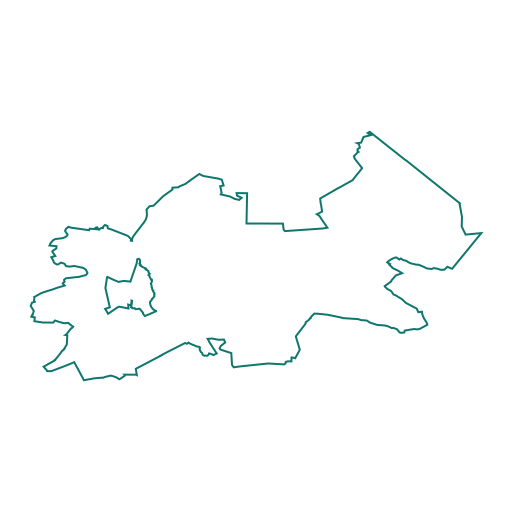 Ārlavas pag., Talsi, Latvia
{"feature_id": "27541924B95940565269220", "entity_name": "Ārlavas pag.", "entity_type": "district", "adm_level": 2, "iso_a3": "LVA", "parent_name": "Latvia", "parent_adm1": "Talsi", "projection": "robinson", "projection_center": [22.632, 57.389], "detail": "fine", "context": "isolated", "style": "outline", "palette": "teal", "viewbox_px": 512, "rotation_deg": 0, "n_neighbors": 0, "source": "geoboundaries", "source_scale": "gbopen_adm2", "svg_char_len": 5917}
<svg xmlns="http://www.w3.org/2000/svg" viewBox="0 0 512 512"><path d="M295.2,358.2L299.6,350.2L299.7,349.8L299.7,349.4L296.0,337.1L295.9,336.6L296.0,336.1L305.4,323.9L305.6,323.5L305.6,322.6L305.8,322.1L308.1,320.5L308.9,319.8L309.7,318.8L310.4,318.3L310.2,318.1L311.9,316.0L314.3,313.6L317.2,313.7L327.3,314.7L338.6,317.0L342.6,317.9L342.7,318.1L358.1,319.1L361.5,320.2L363.0,320.2L366.9,320.6L370.0,322.6L377.5,325.0L384.3,325.4L387.5,326.1L391.9,328.1L393.3,327.9L396.9,329.2L399.7,332.5L400.6,332.5L401.2,332.9L402.1,332.7L404.3,332.5L404.7,330.6L411.0,329.5L412.5,329.3L414.0,329.0L417.1,329.4L419.0,329.1L420.1,328.7L426.9,325.0L427.3,324.8L427.2,323.9L426.0,321.6L424.2,318.8L422.9,316.1L422.0,312.8L421.9,311.7L418.3,312.2L416.7,308.6L406.0,303.0L402.1,299.3L395.5,295.2L393.5,294.5L391.4,291.3L390.0,290.4L387.4,289.0L385.3,287.1L384.7,286.1L391.1,281.5L391.5,280.4L395.9,275.4L402.1,273.2L398.1,270.7L392.5,268.0L392.2,267.4L389.3,264.7L390.0,264.0L387.2,262.4L388.0,261.5L391.2,259.3L394.4,257.8L396.2,257.4L399.4,259.5L400.9,258.5L402.6,259.8L403.3,260.1L406.2,260.8L408.7,262.4L410.6,263.3L416.5,264.7L418.6,264.7L424.5,267.2L426.3,268.2L427.4,268.5L431.7,269.0L433.3,268.2L433.8,268.1L437.9,268.8L440.0,269.6L441.7,269.9L444.3,269.5L444.5,269.6L447.4,266.8L452.1,268.8L481.3,233.1L465.6,234.6L461.7,226.5L462.0,217.1L459.5,203.3L459.7,203.2L406.5,160.7L404.4,159.3L369.7,131.8L367.7,133.0L370.8,135.1L363.5,137.0L361.2,142.6L357.3,143.2L358.8,143.9L359.9,147.6L357.6,149.2L357.4,150.9L358.5,151.9L358.0,152.1L353.9,156.2L354.6,158.4L356.1,160.5L362.1,168.1L358.9,172.3L356.1,175.6L352.6,180.2L345.1,184.3L343.6,185.2L338.1,188.3L338.0,188.2L320.2,198.5L320.6,202.9L321.1,205.0L322.1,211.6L317.5,214.0L316.9,214.2L319.5,216.0L323.3,221.8L327.4,227.7L322.7,228.5L284.9,231.1L283.6,229.6L282.9,223.6L246.5,223.5L247.1,193.2L236.6,193.1L237.0,195.6L241.6,197.8L239.2,199.9L234.7,198.9L230.0,196.5L220.8,194.4L221.6,192.6L220.2,186.2L223.6,185.5L221.8,179.7L218.4,178.6L203.3,176.0L199.3,174.0L189.7,180.7L189.7,180.8L185.3,184.0L179.6,186.3L178.4,187.3L172.4,187.7L172.5,189.5L163.3,196.1L153.7,205.6L149.5,206.3L146.5,209.6L146.9,213.4L146.9,215.4L146.6,217.1L145.8,219.5L143.9,222.5L135.4,233.5L133.2,236.5L132.8,237.3L132.2,238.9L132.0,239.7L132.0,240.8L130.8,240.6L131.2,239.2L127.9,235.9L111.0,229.3L108.3,228.6L107.8,228.2L107.6,227.3L107.6,226.5L107.4,225.9L104.9,225.0L103.3,226.6L103.1,227.0L102.9,228.1L102.5,228.0L101.4,228.0L100.5,228.5L99.1,229.7L98.3,228.6L97.6,228.0L97.1,227.3L95.7,227.7L96.6,229.2L89.7,228.7L89.2,230.2L71.3,227.7L68.3,226.8L67.7,227.6L66.1,228.6L65.1,230.8L65.3,231.4L67.6,234.6L67.1,235.6L65.2,237.2L62.4,238.2L55.6,239.0L55.1,239.2L53.5,240.0L53.0,240.4L50.8,242.9L50.2,243.7L50.0,244.6L49.5,245.5L56.5,246.2L56.3,248.5L52.6,250.9L52.3,251.7L55.3,256.0L51.3,257.2L53.2,260.5L53.8,262.3L54.2,262.8L56.7,264.4L57.4,264.5L58.5,264.2L60.4,262.9L61.0,262.7L61.3,262.7L64.6,263.8L65.6,265.5L65.9,266.0L66.5,266.2L69.9,266.6L74.5,266.0L83.2,267.9L85.9,269.7L87.4,272.9L87.4,273.2L86.0,275.0L79.3,276.8L65.9,278.3L64.0,279.9L64.0,280.1L64.6,281.6L64.5,281.8L62.8,283.2L62.7,283.5L64.7,285.5L56.5,288.0L53.4,289.2L47.5,291.0L41.5,293.0L34.3,297.0L34.5,297.2L34.0,300.6L34.8,301.8L32.0,302.7L30.7,305.9L33.8,311.0L32.6,314.9L32.2,314.9L31.3,316.7L34.8,317.4L34.4,321.2L42.8,322.5L53.3,322.6L54.9,320.5L61.0,322.5L61.9,322.5L63.0,323.1L65.7,323.2L68.1,322.8L69.7,324.2L73.1,326.7L72.3,327.7L70.9,328.6L66.2,334.6L65.5,335.0L67.3,335.4L66.8,344.4L64.8,347.9L63.4,349.8L63.5,349.8L62.7,350.6L62.3,350.6L60.3,353.4L57.9,356.5L56.0,358.7L55.5,359.4L54.7,360.0L54.9,360.3L43.6,366.7L47.2,370.8L47.2,371.1L50.1,371.2L51.8,371.0L56.0,369.4L67.5,365.0L74.2,362.2L79.5,371.9L83.9,380.2L94.6,378.3L102.6,377.6L103.1,377.8L105.2,376.9L110.7,375.6L113.5,376.3L117.0,377.7L119.2,379.3L120.5,378.7L122.1,377.5L124.7,375.8L124.9,375.0L124.6,374.7L135.9,374.7L136.8,375.1L135.8,368.8L161.2,355.5L161.0,355.4L167.0,352.2L185.1,343.0L186.9,343.8L188.6,342.6L189.7,343.5L190.8,343.9L192.7,344.8L194.2,345.3L196.5,346.4L199.0,346.8L199.7,347.1L200.0,347.7L199.6,348.7L199.9,350.2L201.0,352.1L202.0,352.9L202.6,354.5L202.9,355.0L203.5,355.4L204.4,355.7L205.7,355.6L206.8,355.8L207.5,355.7L208.9,354.4L209.0,354.2L209.0,353.5L209.6,353.5L211.8,354.2L213.3,355.1L216.7,353.5L209.7,342.7L207.7,338.9L208.2,338.9L211.8,338.5L218.8,339.8L223.9,339.5L225.2,342.5L220.6,346.1L219.6,348.6L220.5,349.6L231.3,353.1L232.0,364.9L233.7,367.3L240.1,366.4L268.2,363.5L284.2,364.4L285.6,363.3L285.8,361.9L288.0,361.3L291.4,361.4L291.5,357.8L291.6,357.4L294.8,358.0L295.2,358.2ZM131.1,307.3L131.6,304.6L132.1,300.8L131.5,300.6L131.5,301.9L130.9,305.2L130.0,305.1L128.2,304.6L128.5,308.5L119.4,306.7L117.6,307.3L108.1,313.8L106.7,311.3L105.1,308.9L109.8,307.3L105.4,288.0L107.0,277.6L107.1,277.1L107.4,276.9L112.6,279.4L118.5,281.9L123.8,280.9L130.4,281.6L136.6,263.6L137.1,260.9L137.2,259.3L139.0,258.8L139.4,259.2L139.8,259.8L140.2,261.3L140.2,261.6L139.6,263.2L140.0,263.2L140.0,263.7L140.2,264.5L140.7,265.0L140.1,265.3L140.8,265.9L142.2,266.8L144.8,268.1L145.8,268.4L146.4,269.0L146.7,269.7L146.4,269.8L147.5,270.4L147.7,270.7L148.3,270.9L148.5,271.3L148.5,272.4L148.8,273.0L149.4,273.5L149.1,273.6L149.2,274.3L149.3,274.5L149.3,275.0L148.8,275.2L149.1,275.4L150.0,277.5L151.1,279.7L151.8,279.6L152.0,280.0L151.8,282.0L151.4,282.7L151.1,283.0L150.9,283.9L151.3,284.6L151.6,285.7L151.6,286.9L152.2,288.3L152.1,288.8L152.1,289.0L152.3,289.6L153.3,290.5L153.0,290.9L153.7,292.4L154.4,293.1L154.5,293.5L154.5,294.0L154.2,294.2L154.1,294.7L154.4,295.4L154.4,296.2L153.6,297.4L153.2,297.6L152.7,298.5L152.0,298.9L151.8,299.8L150.5,301.3L150.0,302.2L150.1,303.6L150.9,306.4L152.7,308.9L155.4,310.9L156.8,310.9L148.9,314.4L144.9,316.0L143.8,314.8L143.0,313.6L143.0,312.8L142.9,312.6L139.6,308.7L135.6,309.2L134.7,308.2L132.5,308.3L132.0,307.9L132.0,307.6L131.1,307.3Z" fill="none" stroke="#0f766e" stroke-width="2"/></svg>